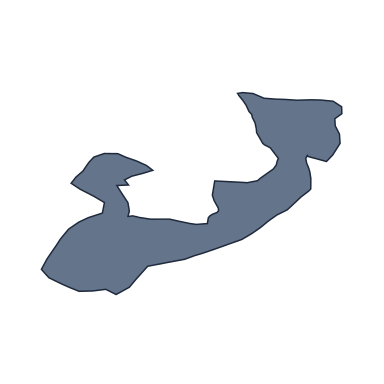 outline of Ika South, Delta, Nigeria, rotated 263°
{"feature_id": "59680162B51019344443676", "entity_name": "Ika South", "entity_type": "district", "adm_level": 2, "iso_a3": "NGA", "parent_name": "Nigeria", "parent_adm1": "Delta", "projection": "equal_earth", "projection_center": [6.215, 6.183], "detail": "fine", "context": "isolated", "style": "filled", "palette": "slate", "viewbox_px": 384, "rotation_deg": 263, "n_neighbors": 0, "source": "geoboundaries", "source_scale": "gbopen_adm2", "svg_char_len": 1861}
<svg xmlns="http://www.w3.org/2000/svg" viewBox="0 0 384 384"><g transform="rotate(263 192 192)"><path d="M222.2,344.9L231.5,345.4L240.3,342.2L247.3,342.7L251.5,350.3L258.4,350.9L264.9,343.1L267.6,331.0L269.0,321.4L270.3,307.4L272.6,295.3L274.0,286.3L276.3,274.9L282.3,264.6L284.5,254.4L284.3,249.3L283.7,249.7L282.3,250.1L276.4,253.8L271.5,256.3L264.9,258.4L261.7,260.7L258.6,261.0L252.9,263.0L247.2,263.5L243.0,263.4L231.6,268.2L230.0,269.7L228.6,271.8L226.3,275.1L220.5,278.5L214.9,281.8L212.6,280.5L208.5,278.9L204.9,275.5L197.5,261.8L195.2,258.3L194.5,248.0L195.6,242.1L200.2,215.9L186.3,211.8L180.8,212.9L177.1,214.4L172.7,216.2L170.1,216.0L168.6,214.3L167.4,209.5L166.0,206.7L164.5,205.1L158.8,203.4L159.3,192.3L161.1,185.7L164.6,175.4L167.8,166.5L170.1,147.5L173.3,136.1L174.5,133.4L174.6,132.4L175.2,131.4L175.6,129.6L175.5,128.4L175.5,126.8L175.6,125.5L177.9,126.4L180.2,127.4L183.4,127.4L186.9,127.2L189.2,127.1L192.2,125.6L199.9,121.8L207.6,118.2L206.7,129.8L212.2,126.5L215.0,134.1L216.5,145.6L218.3,155.7L223.9,150.0L229.4,141.0L234.5,130.7L236.3,127.7L239.1,123.0L240.9,109.6L238.6,98.8L233.9,93.2L226.0,86.2L220.9,78.6L215.4,73.1L208.4,81.3L199.6,94.2L192.2,103.8L182.0,100.5L179.2,86.1L175.9,76.0L170.3,65.2L170.0,64.8L161.4,55.7L155.4,50.7L149.8,45.7L143.3,40.0L133.6,33.1L130.7,35.1L127.5,37.3L124.3,39.6L120.1,46.0L116.0,52.4L111.8,59.5L107.2,67.8L105.9,81.2L105.9,94.6L99.5,104.2L105.1,118.2L112.1,125.7L117.8,132.2L123.7,139.0L125.1,160.0L125.6,168.3L126.1,176.5L128.5,186.7L129.9,195.0L132.7,208.3L136.0,222.9L138.8,235.6L143.5,246.4L148.2,255.3L154.2,264.8L158.9,273.6L162.7,284.4L167.8,291.4L173.8,299.6L179.0,308.4L180.5,310.2L185.4,310.9L191.1,311.6L197.6,311.4L202.5,310.5L206.7,309.3L211.5,309.0L213.8,310.6L214.2,310.9L213.1,311.5L205.9,329.2L211.5,336.1L222.2,344.9Z" fill="#64748b" stroke="#1e293b" stroke-width="1.5"/></g></svg>